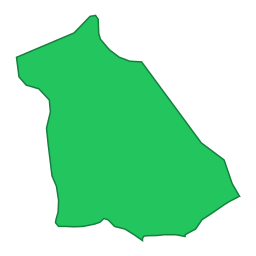 map outline of Kriva Palanka (Mercator projection)
{"feature_id": "MKD-2906", "entity_name": "Kriva Palanka", "entity_type": "Statistical Region", "adm_level": 1, "iso_a3": "MKD", "parent_name": "North Macedonia", "parent_adm1": "", "projection": "mercator", "projection_center": [22.313, 42.232], "detail": "fine", "context": "isolated", "style": "filled", "palette": "green", "viewbox_px": 256, "rotation_deg": 0, "n_neighbors": 0, "source": "natural_earth", "source_scale": "10m", "svg_char_len": 800}
<svg xmlns="http://www.w3.org/2000/svg" viewBox="0 0 256 256"><path d="M95.5,15.4L98.2,19.3L98.7,33.2L100.4,39.2L109.3,49.7L119.0,57.1L129.7,61.2L141.6,61.9L201.2,142.8L224.1,160.0L232.1,183.5L239.5,196.3L239.3,196.3L229.0,201.7L223.3,205.3L212.7,212.7L202.0,219.7L195.7,229.0L189.1,232.5L185.1,234.8L185.1,236.5L178.5,235.2L175.5,234.7L173.0,234.7L168.5,234.7L164.5,234.7L157.2,235.5L148.0,235.7L144.2,236.0L142.5,238.2L142.5,240.6L134.7,235.1L125.1,229.1L114.5,226.4L108.3,219.9L103.9,218.5L100.0,222.2L94.9,224.0L83.3,226.4L74.0,226.8L65.1,226.4L58.6,226.4L55.5,222.7L56.0,219.6L58.1,212.1L58.6,200.3L56.4,186.2L52.0,175.8L48.2,144.6L46.5,128.2L50.4,111.9L49.3,100.0L38.8,88.8L26.2,85.1L19.0,76.9L16.5,57.3L74.1,32.9L90.0,16.4L95.5,15.4Z" fill="#22c55e" stroke="#15803d" stroke-width="1.5"/></svg>